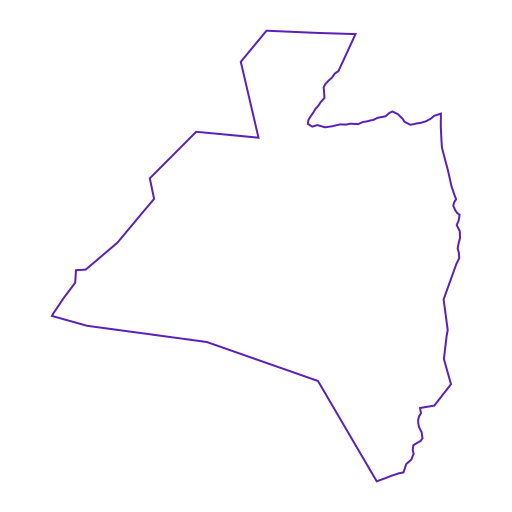 outline of Santa María Tataltepec, Oaxaca, Mexico
{"feature_id": "50627088B49093080347396", "entity_name": "Santa María Tataltepec", "entity_type": "district", "adm_level": 2, "iso_a3": "MEX", "parent_name": "Mexico", "parent_adm1": "Oaxaca", "projection": "orthographic", "projection_center": [-97.385, 17.136], "detail": "fine", "context": "isolated", "style": "outline", "palette": "violet", "viewbox_px": 512, "rotation_deg": 0, "n_neighbors": 0, "source": "geoboundaries", "source_scale": "gbopen_adm2", "svg_char_len": 1520}
<svg xmlns="http://www.w3.org/2000/svg" viewBox="0 0 512 512"><path d="M76.0,270.2L75.2,282.7L63.6,298.1L54.1,312.3L53.4,313.3L52.0,316.0L87.1,325.8L206.7,342.0L318.0,381.0L376.6,481.1L376.7,481.3L385.6,478.1L391.3,475.8L395.4,474.5L398.8,473.3L403.4,472.5L404.8,468.6L406.2,464.1L408.7,461.9L411.4,459.5L413.6,453.7L412.7,449.8L413.4,445.2L417.4,442.7L420.7,440.9L422.5,438.2L421.6,432.2L418.9,426.8L418.3,423.3L418.1,420.2L419.0,416.6L421.0,413.1L420.0,408.0L434.3,405.6L451.0,384.2L443.9,359.0L446.5,336.9L447.7,330.0L443.6,299.4L456.4,263.9L459.2,258.3L458.9,252.9L457.7,248.6L458.5,243.7L460.0,238.1L459.8,231.2L456.7,225.1L458.6,220.7L459.6,214.8L457.1,212.9L455.3,210.3L453.3,205.9L454.0,202.6L456.1,199.2L454.2,194.3L451.3,185.6L448.1,171.0L444.8,158.6L442.0,147.8L441.5,141.1L440.8,126.7L440.9,113.6L434.3,115.8L430.6,118.8L425.7,121.4L420.6,122.9L416.8,123.4L413.3,124.3L410.2,124.7L404.5,121.8L402.7,118.9L397.8,114.1L392.3,111.5L389.3,113.0L385.5,116.3L377.6,117.8L373.7,119.8L370.6,120.4L366.9,121.4L362.6,122.1L358.3,124.1L350.4,123.7L345.8,124.6L340.1,124.4L331.9,126.3L325.0,127.3L317.4,125.1L312.3,126.6L310.4,125.5L307.8,123.9L308.5,119.8L310.8,116.1L313.6,112.1L315.4,108.9L318.6,105.4L320.6,102.2L324.5,97.9L324.4,97.2L324.2,94.2L324.0,90.7L323.6,87.4L325.4,84.0L328.7,80.5L332.0,77.6L334.8,73.6L338.5,71.0L355.5,34.1L316.7,32.9L266.5,30.7L240.8,61.8L258.5,137.7L196.2,131.8L149.8,178.3L154.1,198.9L142.5,212.6L117.4,242.7L85.7,269.6L76.0,270.2Z" fill="none" stroke="#5b21b6" stroke-width="2"/></svg>